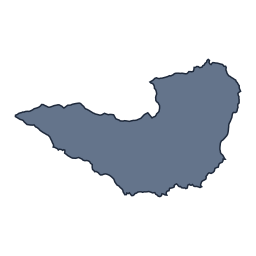 the district of Monte Santo do Tocantins, Tocantins, Brazil
{"feature_id": "56859067B11136722399220", "entity_name": "Monte Santo do Tocantins", "entity_type": "district", "adm_level": 2, "iso_a3": "BRA", "parent_name": "Brazil", "parent_adm1": "Tocantins", "projection": "albers", "projection_center": [-49.085, -9.988], "detail": "fine", "context": "isolated", "style": "filled", "palette": "slate", "viewbox_px": 256, "rotation_deg": 0, "n_neighbors": 0, "source": "geoboundaries", "source_scale": "gbopen_adm2", "svg_char_len": 5040}
<svg xmlns="http://www.w3.org/2000/svg" viewBox="0 0 256 256"><path d="M193.3,71.3L191.7,71.8L190.2,71.6L188.8,71.6L188.0,72.7L187.0,73.6L185.7,73.8L183.8,73.5L182.0,73.2L180.4,73.4L178.6,73.2L177.1,73.2L175.5,73.3L174.3,73.7L173.4,74.6L172.2,75.2L170.8,75.9L169.4,75.7L167.9,76.5L166.0,77.1L164.1,77.6L162.0,78.2L160.6,78.2L159.3,78.6L157.9,78.4L156.4,77.8L154.8,78.4L153.7,79.5L152.7,80.4L151.3,81.2L149.9,82.0L150.9,83.0L152.2,83.4L153.4,84.3L154.1,85.7L154.4,87.0L154.4,88.3L155.6,89.6L156.2,91.2L156.5,92.6L156.7,94.0L156.0,95.9L155.6,97.6L155.8,99.0L155.8,100.3L156.6,101.7L158.0,102.7L158.8,104.2L159.5,105.4L159.6,106.6L159.6,108.3L159.3,109.8L159.0,111.5L158.0,112.6L156.6,113.9L156.2,115.0L155.2,116.4L153.3,117.1L152.0,117.9L147.8,112.8L146.0,113.7L144.9,114.3L143.6,115.3L142.6,116.5L141.8,117.3L140.9,118.3L139.5,118.9L138.2,119.4L136.7,120.1L135.0,120.4L133.3,120.4L131.1,120.9L129.4,121.4L128.2,121.2L126.4,120.9L124.5,120.7L123.1,121.1L121.6,121.0L120.2,120.9L119.1,120.0L117.6,119.5L116.0,118.9L115.1,117.6L114.4,116.2L113.6,114.8L111.8,114.5L109.9,114.4L108.3,114.7L106.5,114.1L104.5,113.3L103.0,114.1L101.8,114.8L100.0,115.2L98.3,114.7L96.8,114.3L95.3,114.0L94.3,113.4L93.1,113.0L92.0,112.3L90.7,111.5L89.1,110.5L87.1,109.4L85.5,108.8L84.5,107.8L83.7,106.4L82.4,105.4L81.4,104.3L80.5,103.5L79.2,103.1L77.5,103.3L75.4,103.6L73.6,104.0L72.2,104.3L70.9,105.0L69.6,105.2L67.8,105.2L66.4,106.2L65.3,107.1L63.9,108.0L62.8,107.2L61.8,106.2L60.5,105.6L59.3,104.9L58.0,104.8L56.3,105.2L54.1,105.6L52.4,106.3L51.0,106.8L49.7,107.2L48.3,107.2L47.2,106.6L46.1,106.0L44.8,105.5L43.3,104.6L41.6,104.5L40.5,105.9L39.3,106.9L38.1,107.5L36.7,108.0L35.4,108.4L34.2,108.7L32.7,109.8L31.3,110.5L30.1,111.1L29.0,111.4L27.3,111.3L25.4,111.5L24.0,112.1L22.8,112.0L21.5,112.6L20.2,112.9L18.7,113.4L17.3,114.5L15.5,115.2L15.4,116.6L17.0,117.5L18.6,118.5L20.1,119.4L21.9,119.9L23.2,120.5L24.1,121.8L25.6,123.2L27.0,124.5L28.4,124.7L30.3,125.0L32.6,125.1L34.0,124.9L35.6,126.9L36.9,127.4L38.1,128.3L39.1,129.2L40.0,130.3L41.4,131.3L43.3,132.6L45.0,133.5L46.7,134.6L48.0,135.1L49.8,136.9L50.7,138.9L51.9,141.2L52.4,142.7L53.2,144.0L53.6,145.3L53.2,147.1L54.4,147.2L56.0,148.0L57.6,148.8L58.3,150.0L59.5,149.2L61.6,149.6L62.7,150.4L63.7,149.7L64.8,150.1L64.9,151.4L64.6,153.1L66.3,154.3L67.8,155.6L69.4,156.5L70.9,157.4L72.4,158.1L74.3,158.2L75.8,158.3L77.0,157.9L78.7,157.5L80.7,158.5L81.9,159.0L83.1,160.2L84.9,160.7L86.6,160.5L88.2,160.8L89.6,161.6L90.6,163.3L92.2,164.5L92.2,167.5L92.6,169.5L94.0,170.6L94.6,171.7L96.1,171.5L98.2,172.6L99.2,173.8L100.4,174.9L102.0,174.9L103.8,174.2L105.3,173.9L106.9,174.2L108.7,174.9L110.1,175.7L111.5,176.8L113.7,178.9L114.2,180.0L114.8,181.8L116.0,183.6L117.1,185.1L118.7,185.8L120.4,187.7L121.8,188.8L122.9,190.3L123.1,191.8L124.0,193.3L124.8,194.7L126.4,194.6L126.8,193.0L128.2,193.6L129.4,192.8L130.4,194.1L131.6,195.6L132.9,195.6L134.3,194.6L135.0,193.5L136.5,193.1L137.8,192.1L139.6,191.8L141.3,191.8L142.6,192.3L144.3,191.8L145.6,191.9L146.9,191.8L148.8,191.5L151.0,192.2L152.5,192.9L154.8,192.6L155.7,194.2L157.1,195.0L158.2,196.2L159.9,196.6L161.4,195.7L162.0,193.7L163.5,194.1L165.0,194.9L166.8,195.1L166.1,193.6L166.4,192.2L167.3,191.1L169.0,190.7L169.6,188.3L171.5,188.0L173.0,187.6L174.2,186.9L174.2,185.5L175.1,184.6L176.5,183.9L177.4,184.6L178.3,185.9L179.3,186.7L180.5,186.5L181.5,187.7L183.4,188.0L184.7,187.9L185.8,188.6L187.3,188.0L187.6,186.1L188.1,184.9L189.4,184.3L190.2,185.1L191.4,185.2L192.5,184.5L193.6,186.0L194.9,186.5L196.6,186.4L198.5,186.9L200.0,187.5L201.7,186.7L200.6,185.5L200.7,184.2L201.2,182.9L201.7,181.6L202.7,180.8L204.4,180.0L205.8,179.1L206.2,177.8L206.0,176.4L207.0,175.3L207.7,174.0L209.1,172.8L211.0,173.4L212.9,172.5L214.1,171.3L214.6,170.0L214.9,168.4L216.6,167.6L218.3,167.1L218.6,165.6L219.0,164.1L220.2,163.0L222.1,162.3L223.0,160.7L223.1,159.1L225.1,159.2L224.3,158.1L223.7,156.9L222.9,155.4L221.9,154.4L220.9,153.5L220.4,152.2L220.3,151.0L219.9,149.5L219.9,147.8L220.0,146.4L220.2,144.8L220.4,143.1L220.9,141.9L221.5,140.8L222.6,140.2L223.5,139.3L224.3,138.5L225.6,137.0L226.8,135.6L227.6,134.1L228.1,132.0L228.4,129.9L228.5,128.5L228.7,126.8L228.7,125.2L229.0,123.9L229.6,122.6L230.3,121.3L231.1,119.2L231.8,117.6L232.1,115.7L232.3,114.4L232.7,113.3L233.5,112.4L235.3,112.6L236.6,111.9L237.1,110.6L237.4,108.9L238.0,107.3L237.7,105.9L237.9,104.1L239.1,103.0L239.1,101.3L239.1,99.4L238.8,98.0L239.0,96.8L238.2,95.2L237.9,93.4L239.2,92.1L240.6,91.3L240.0,89.9L239.4,88.6L239.2,87.0L239.2,85.7L238.4,84.7L237.8,83.6L237.2,82.5L236.3,81.7L235.7,80.1L234.3,79.3L232.9,78.3L231.4,77.5L230.2,76.5L228.9,75.9L227.7,74.4L226.8,72.7L226.5,71.3L225.9,70.1L226.0,68.8L226.2,67.5L225.6,66.3L224.0,66.3L223.2,65.2L222.3,64.4L220.4,64.0L218.8,63.5L217.2,63.1L215.5,63.0L214.1,62.7L212.8,62.6L211.9,63.4L211.0,64.6L209.8,63.8L209.0,62.4L209.5,60.4L208.2,59.4L207.0,60.5L206.5,62.3L205.0,63.4L204.3,64.9L202.8,65.7L202.1,67.0L201.0,67.4L199.6,67.6L198.3,66.6L196.7,66.5L195.5,67.4L194.1,67.4L193.9,69.6L193.3,71.3Z" fill="#64748b" stroke="#1e293b" stroke-width="1.5"/></svg>